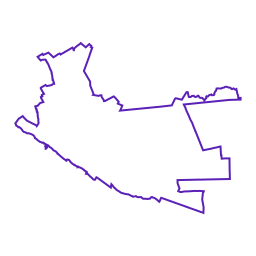 outline of Panciu, Vrancea, Romania
{"feature_id": "2599482B28492599509343", "entity_name": "Panciu", "entity_type": "district", "adm_level": 2, "iso_a3": "ROU", "parent_name": "Romania", "parent_adm1": "Vrancea", "projection": "robinson", "projection_center": [27.104, 45.901], "detail": "fine", "context": "isolated", "style": "outline", "palette": "violet", "viewbox_px": 256, "rotation_deg": 0, "n_neighbors": 0, "source": "geoboundaries", "source_scale": "gbopen_adm2", "svg_char_len": 5535}
<svg xmlns="http://www.w3.org/2000/svg" viewBox="0 0 256 256"><path d="M203.4,212.9L203.6,208.0L203.6,207.1L202.2,199.6L202.9,193.0L203.1,192.6L203.7,191.8L203.8,191.2L199.6,190.9L197.3,191.0L195.1,190.9L192.0,191.1L189.3,191.3L184.0,191.5L183.3,191.6L181.9,192.0L180.1,192.0L178.2,191.1L179.5,188.4L177.6,183.3L177.5,180.1L199.7,179.6L200.1,179.7L200.8,179.7L201.3,179.6L229.9,179.0L229.6,168.7L229.5,158.4L224.8,158.4L221.7,158.7L221.4,155.2L221.0,155.2L220.5,146.5L219.5,146.6L218.5,147.0L213.3,148.1L212.0,148.5L203.1,150.3L195.9,132.3L195.7,131.8L195.4,131.4L195.5,131.3L195.5,131.2L194.6,129.3L192.0,122.5L190.4,119.7L188.7,115.6L188.7,115.3L188.3,114.7L187.4,112.8L187.1,112.0L186.5,110.9L186.2,109.9L185.6,108.7L185.6,108.1L185.5,107.8L184.7,106.4L183.8,104.5L229.4,99.9L240.6,99.6L240.6,97.9L238.3,98.0L238.2,96.4L237.9,95.0L237.4,94.0L236.4,89.2L235.9,89.6L235.3,89.7L234.7,89.3L234.5,88.9L233.4,88.4L232.4,89.1L231.9,89.1L231.5,89.0L230.8,88.1L229.8,87.6L228.5,87.5L227.0,86.9L225.9,86.8L225.2,86.8L224.2,87.5L222.0,88.0L221.3,88.5L219.7,88.5L218.6,88.4L216.6,88.5L216.1,90.7L215.4,91.1L214.2,93.6L214.4,94.4L214.0,94.9L213.2,95.2L212.0,95.2L211.6,95.0L211.3,94.5L209.2,95.1L208.8,95.5L208.4,96.0L208.0,96.4L207.5,96.5L207.2,96.4L206.7,96.2L206.2,96.6L206.3,98.2L205.6,98.8L204.8,99.6L204.6,100.2L204.3,100.3L204.2,99.7L203.1,98.9L202.4,98.0L201.5,97.8L200.8,97.9L199.9,97.7L199.2,97.0L198.4,95.7L197.6,95.8L197.3,96.0L196.9,96.5L195.8,97.0L195.2,96.9L194.5,96.7L193.8,95.8L191.8,96.0L191.2,96.6L190.6,97.0L189.0,97.0L188.8,96.8L188.7,96.5L188.6,96.1L187.7,92.1L186.5,92.2L181.8,99.7L176.1,98.3L175.5,98.3L175.0,98.7L171.8,105.4L160.2,106.7L120.1,110.6L120.6,109.7L122.3,105.5L117.8,103.6L118.7,101.8L115.2,97.7L113.9,96.5L113.7,96.4L105.0,101.0L104.0,101.1L103.9,101.1L103.7,100.1L103.2,99.1L101.8,97.3L101.4,95.3L99.8,95.4L98.5,95.9L93.2,94.9L93.7,94.4L90.2,85.5L90.1,81.6L83.9,71.0L89.6,55.4L89.6,55.0L92.2,47.8L91.5,47.6L91.0,47.2L91.3,47.0L91.4,46.7L91.3,45.8L90.2,45.1L89.3,44.1L85.7,47.3L80.7,43.1L79.7,44.1L76.6,46.3L74.2,48.5L74.1,49.1L73.9,49.5L73.9,50.2L73.7,50.2L73.4,49.1L72.9,48.6L72.7,48.0L72.4,47.6L66.5,51.1L65.0,51.8L64.6,52.2L60.8,54.3L60.6,54.5L59.7,53.5L59.4,53.6L57.7,54.5L54.8,56.5L53.3,57.3L52.3,56.2L48.4,52.6L43.2,55.0L42.5,53.8L37.6,56.8L37.9,57.2L40.7,60.5L41.9,59.9L43.7,59.6L45.3,59.6L45.8,59.9L45.9,60.5L46.0,60.6L46.2,61.0L46.5,61.2L47.0,62.5L47.4,62.6L47.8,63.5L48.7,65.2L48.9,66.0L49.3,66.8L49.5,67.2L49.6,67.9L49.9,68.4L50.1,68.9L50.6,69.6L50.6,70.1L50.8,70.3L51.7,72.3L51.5,72.8L51.5,73.0L51.7,73.3L51.7,73.9L52.2,75.2L52.2,76.4L52.3,76.8L52.5,77.3L52.3,78.4L52.4,78.7L52.9,79.3L52.6,79.7L52.6,80.1L52.7,80.3L53.5,81.2L53.7,82.1L53.6,82.5L53.7,82.8L54.0,83.0L54.1,83.7L53.7,83.6L53.4,83.7L51.6,85.1L47.1,86.0L46.8,86.1L45.5,85.0L41.0,87.6L40.7,88.0L40.9,88.6L42.8,92.1L44.0,93.9L41.8,95.0L41.8,95.4L42.3,96.4L40.9,97.0L41.0,97.8L42.4,100.3L43.3,102.1L40.1,103.0L39.4,103.9L38.0,105.3L38.0,105.6L37.9,105.7L36.3,106.1L35.3,106.2L35.2,106.3L35.3,106.7L35.7,107.0L35.7,107.4L35.9,108.5L36.4,108.8L36.3,109.1L36.5,109.3L36.4,109.8L36.7,110.0L36.9,110.3L36.9,110.9L36.8,111.2L37.1,111.4L37.1,111.6L37.3,111.8L37.1,112.4L37.6,112.7L37.5,114.1L37.8,114.9L37.7,115.7L37.7,116.1L37.9,116.4L37.9,117.1L37.9,117.7L38.3,118.6L38.3,119.1L38.4,119.4L38.4,120.0L38.3,120.5L38.4,121.8L38.6,122.5L38.4,123.7L36.7,126.1L36.3,125.4L35.9,125.1L32.2,123.4L29.1,121.7L28.1,121.3L27.0,120.7L24.2,117.9L22.7,116.1L20.2,117.8L20.0,118.0L18.8,118.6L15.4,123.3L15.5,123.4L15.9,124.3L16.2,125.6L16.5,125.8L18.0,126.7L18.4,127.3L19.2,127.1L21.2,128.6L22.3,130.3L23.1,131.3L24.0,132.0L25.7,132.4L27.3,133.4L28.2,133.2L28.9,133.3L31.9,134.4L32.9,135.0L33.8,135.7L34.3,136.3L34.8,137.4L34.9,138.2L35.8,138.6L36.4,138.9L37.5,140.1L39.2,141.3L39.7,141.8L40.6,141.9L41.5,142.5L42.3,142.8L42.6,142.8L43.0,142.5L44.0,143.1L44.1,143.7L45.6,144.0L46.4,144.8L46.1,145.2L45.1,146.3L45.2,146.6L45.5,146.7L45.9,146.5L46.3,146.4L46.5,147.1L46.4,147.3L45.9,147.9L45.6,148.5L45.6,148.8L45.8,148.8L46.3,148.4L46.8,147.8L47.2,147.1L47.4,146.1L47.6,145.9L47.5,145.4L47.6,145.1L47.9,145.2L48.5,145.8L49.3,146.5L49.7,147.1L50.8,147.6L52.7,149.3L53.3,150.2L55.7,151.4L56.3,152.0L57.4,153.2L57.5,153.8L58.3,154.0L58.6,154.5L60.4,156.0L61.0,156.6L63.8,158.9L65.4,159.9L66.3,160.8L66.5,160.7L66.9,159.7L67.2,159.5L68.4,159.7L68.9,159.9L69.3,160.2L69.4,160.5L70.0,161.1L70.2,161.5L70.5,162.0L72.6,163.9L74.0,164.6L74.0,164.8L74.1,165.0L74.7,164.9L74.9,165.3L76.3,166.1L77.2,166.4L77.8,166.4L77.9,166.7L77.5,167.1L77.5,167.3L78.7,167.0L79.4,167.4L80.3,167.6L82.2,168.6L82.7,169.0L82.9,169.3L83.5,169.5L84.0,169.9L84.5,170.7L85.7,171.1L86.1,171.9L86.7,172.1L86.3,172.8L86.2,173.2L86.7,172.9L87.0,173.0L87.4,173.6L87.1,173.9L87.1,174.0L87.3,174.1L87.8,174.1L88.3,174.5L90.2,176.5L91.7,177.7L93.0,179.1L93.8,179.7L94.9,179.8L95.1,179.5L96.4,177.3L97.3,177.8L99.6,179.4L110.8,187.6L111.4,184.2L112.6,185.5L113.7,187.1L114.9,188.2L115.3,188.4L115.6,188.9L116.7,190.0L117.7,190.6L118.9,191.2L119.1,191.4L119.8,191.8L119.9,192.0L121.8,193.1L122.7,193.1L123.9,193.6L126.5,194.2L128.3,194.3L130.0,195.2L131.5,195.9L132.2,196.1L132.7,196.5L132.9,196.7L135.2,196.3L136.1,196.2L137.2,197.0L137.9,197.2L139.0,197.1L141.2,197.1L141.6,197.4L142.2,198.2L143.0,198.6L143.8,198.8L145.9,198.7L147.1,199.0L149.7,198.7L150.2,198.5L150.6,197.8L151.3,197.2L152.0,197.0L152.8,197.5L154.1,197.9L155.2,198.4L155.8,198.9L156.8,199.6L158.1,200.7L159.2,201.8L159.4,201.6L160.2,200.1L160.5,199.1L161.2,197.8L203.4,212.9Z" fill="none" stroke="#5b21b6" stroke-width="2"/></svg>